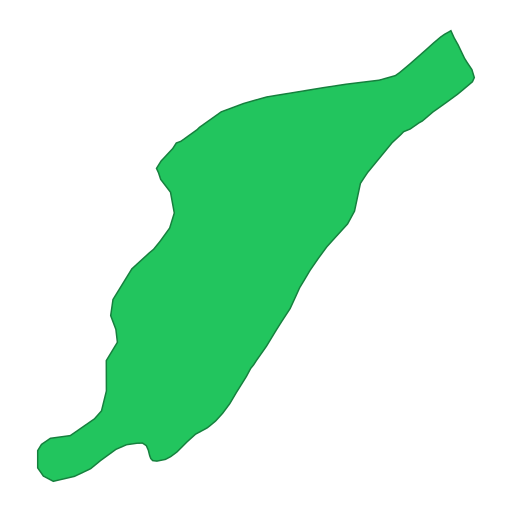 El Rodeo, San Marcos, Guatemala (Mercator projection)
{"feature_id": "79465075B79064464802759", "entity_name": "El Rodeo", "entity_type": "district", "adm_level": 2, "iso_a3": "GTM", "parent_name": "Guatemala", "parent_adm1": "San Marcos", "projection": "mercator", "projection_center": [-91.996, 14.886], "detail": "fine", "context": "isolated", "style": "filled", "palette": "green", "viewbox_px": 512, "rotation_deg": 0, "n_neighbors": 0, "source": "geoboundaries", "source_scale": "gbopen_adm2", "svg_char_len": 1430}
<svg xmlns="http://www.w3.org/2000/svg" viewBox="0 0 512 512"><path d="M53.3,481.3L74.6,476.3L90.6,468.7L100.6,460.5L116.0,449.3L126.6,444.7L137.2,443.2L142.5,443.1L146.3,445.6L148.3,450.1L149.7,455.7L150.8,458.6L152.7,460.6L156.9,461.1L165.4,459.4L170.7,456.6L176.9,452.0L187.0,441.9L195.5,434.2L207.3,427.8L211.3,424.6L215.7,420.9L222.6,413.3L229.8,403.6L236.6,392.1L246.3,376.6L250.7,368.4L253.7,364.7L256.6,360.2L266.4,346.3L276.3,330.0L281.6,321.6L290.1,308.6L295.4,297.1L299.7,287.6L304.2,280.2L310.0,270.4L318.5,258.1L326.9,246.7L335.3,237.4L341.6,230.5L347.6,223.9L354.5,211.2L360.4,183.4L364.5,177.1L367.6,172.5L392.1,142.7L400.7,134.7L403.6,131.7L410.2,129.0L418.9,122.9L422.3,121.0L433.0,111.9L446.4,102.4L457.6,94.2L463.5,89.3L472.4,81.8L474.3,77.6L471.9,69.6L467.0,62.3L464.5,58.3L458.1,44.9L454.1,37.8L450.9,30.7L448.9,31.9L444.7,34.2L440.8,36.9L433.9,42.7L425.9,49.9L410.0,63.9L405.1,68.0L399.5,72.7L395.4,75.6L379.1,80.2L346.2,84.2L323.2,87.7L267.0,96.9L255.4,100.1L243.6,103.5L221.3,111.8L199.5,127.3L197.2,129.6L180.9,141.3L176.3,143.0L172.7,148.6L161.1,161.0L156.5,168.4L158.5,172.7L160.7,179.4L170.5,192.2L174.3,213.0L169.7,228.0L160.1,241.3L153.6,249.3L149.4,252.8L131.9,268.8L113.0,299.5L110.7,315.6L115.9,329.4L117.4,342.3L106.3,360.6L106.4,391.0L101.5,410.9L94.4,418.9L70.3,435.6L50.4,438.3L41.5,444.4L37.7,450.6L37.7,467.9L43.4,476.1L53.3,481.3Z" fill="#22c55e" stroke="#15803d" stroke-width="1.5"/></svg>